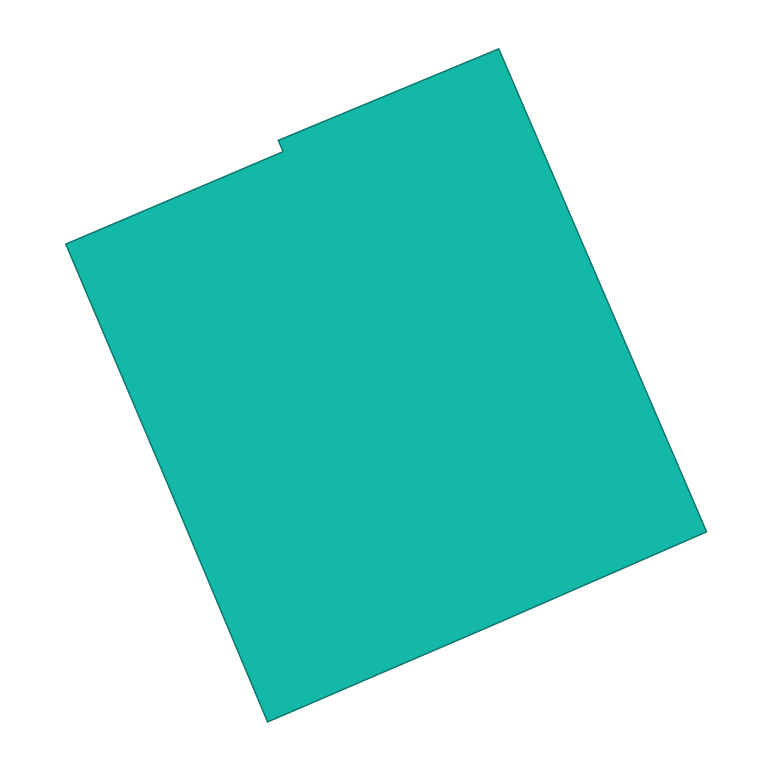 the district of Delaware, Iowa, United States of America, rotated 67°
{"feature_id": "52423323B18552254627235", "entity_name": "Delaware", "entity_type": "district", "adm_level": 2, "iso_a3": "USA", "parent_name": "United States of America", "parent_adm1": "Iowa", "projection": "robinson", "projection_center": [-91.343, 42.471], "detail": "fine", "context": "isolated", "style": "filled", "palette": "teal", "viewbox_px": 768, "rotation_deg": 67, "n_neighbors": 0, "source": "geoboundaries", "source_scale": "gbopen_adm2", "svg_char_len": 290}
<svg xmlns="http://www.w3.org/2000/svg" viewBox="0 0 768 768"><g transform="rotate(67 384 384)"><path d="M649.6,623.2L649.0,504.5L648.5,383.4L646.1,144.8L120.3,147.4L118.4,386.1L130.7,386.1L130.9,622.3L390.6,622.2L649.6,623.2Z" fill="#14b8a6" stroke="#0f766e" stroke-width="1.5"/></g></svg>